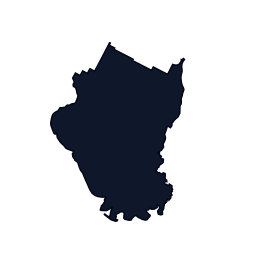 Kusilvak, Alaska, United States of America (orthographic projection), rotated 300°
{"feature_id": "52423323B57268278189593", "entity_name": "Kusilvak", "entity_type": "district", "adm_level": 2, "iso_a3": "USA", "parent_name": "United States of America", "parent_adm1": "Alaska", "projection": "orthographic", "projection_center": [-164.106, 62.097], "detail": "fine", "context": "isolated", "style": "filled", "palette": "ink", "viewbox_px": 256, "rotation_deg": 300, "n_neighbors": 0, "source": "geoboundaries", "source_scale": "gbopen_adm2", "svg_char_len": 4160}
<svg xmlns="http://www.w3.org/2000/svg" viewBox="0 0 256 256"><g transform="rotate(300 128 128)"><path d="M143.5,55.1L141.6,57.8L140.9,58.3L139.9,58.7L139.3,58.8L139.0,58.6L138.7,58.6L137.2,59.4L136.9,59.8L136.7,60.1L136.7,60.5L136.9,61.9L136.8,62.2L136.6,62.6L135.1,64.4L134.6,64.7L132.4,66.7L131.2,68.4L130.9,68.6L128.7,69.2L123.5,70.0L122.1,68.9L120.6,67.1L120.2,66.8L119.0,66.2L118.1,65.3L117.7,64.7L117.5,64.0L115.8,63.3L115.0,63.6L114.1,62.6L112.6,60.8L112.0,59.6L111.9,59.4L111.8,59.2L111.1,58.9L110.2,59.0L107.5,58.7L106.8,58.0L105.1,57.1L103.3,56.3L102.4,56.2L100.4,56.4L98.4,56.9L94.1,58.4L92.5,59.3L90.5,61.4L86.5,66.3L86.3,66.7L86.2,67.5L86.3,67.9L87.1,67.6L88.0,68.1L87.9,68.8L85.0,71.0L84.1,72.0L82.7,74.9L82.2,75.7L81.4,78.3L80.7,81.5L80.3,82.3L79.5,84.3L79.5,84.9L79.5,85.7L80.5,91.8L79.6,93.0L77.7,92.8L75.8,94.5L75.5,94.6L74.3,97.2L73.6,98.1L73.0,101.8L70.0,105.1L68.0,107.6L67.2,109.1L66.7,110.6L65.9,111.8L64.9,113.1L61.1,118.2L57.5,123.2L56.0,125.2L54.9,127.1L53.7,129.3L53.3,131.4L53.2,133.7L53.6,136.1L54.7,139.0L55.3,140.4L56.8,142.5L56.5,143.4L54.8,143.3L53.8,143.6L53.6,143.8L53.6,144.2L53.3,144.5L53.0,144.6L49.7,144.5L47.2,144.0L43.4,144.9L43.1,145.1L43.1,145.6L43.2,145.9L45.5,150.4L45.9,150.8L47.6,151.9L49.9,152.9L51.2,153.0L51.2,154.0L50.9,154.2L48.4,154.5L46.5,155.1L45.1,155.5L44.6,155.8L44.0,156.0L41.7,156.3L41.5,155.8L41.5,154.1L41.8,151.5L41.8,150.7L41.5,150.6L41.2,151.1L41.0,152.0L40.1,159.0L40.1,159.4L40.2,159.8L40.5,161.3L40.7,161.9L40.9,163.6L41.4,164.2L42.1,165.0L43.1,165.0L43.1,164.4L42.7,163.1L43.2,162.5L44.4,162.4L45.4,162.1L45.8,161.7L46.0,161.4L46.5,161.2L48.0,161.2L49.4,162.5L51.1,162.9L52.6,164.9L52.8,165.5L52.7,166.3L52.1,167.5L51.4,167.9L51.1,167.9L49.8,168.4L47.6,169.7L47.5,170.3L47.5,170.7L47.6,171.6L48.6,174.9L49.2,175.9L50.0,176.7L50.4,176.9L50.6,176.7L51.3,176.5L55.0,177.6L55.8,178.2L56.1,178.6L56.2,179.2L56.0,179.9L55.8,181.1L55.8,182.2L56.1,184.0L55.9,185.5L56.9,189.0L57.9,190.2L60.8,190.8L62.0,191.1L63.0,191.1L63.5,190.8L63.7,189.2L64.9,185.6L65.4,184.8L66.0,184.8L67.3,186.7L68.5,186.8L69.4,187.0L69.5,187.2L69.6,187.7L69.6,187.9L69.3,188.4L69.3,188.6L69.5,189.1L70.9,191.3L72.8,192.5L74.2,193.0L74.7,191.7L76.0,191.9L76.0,193.3L76.0,194.3L75.6,194.7L74.5,195.4L73.9,195.5L72.0,195.4L71.6,195.2L71.0,195.2L70.5,195.5L68.7,197.2L68.6,197.4L68.6,197.7L69.2,199.8L70.4,201.0L70.6,201.0L74.4,198.5L74.7,199.4L76.3,199.1L77.9,198.3L78.9,198.1L80.5,197.4L81.4,197.9L81.8,197.6L82.6,198.1L82.7,197.3L83.4,197.4L84.2,198.2L84.2,197.8L86.0,197.6L86.0,199.3L86.4,199.8L87.2,199.7L88.6,200.0L91.0,199.0L91.9,199.6L92.8,198.1L94.3,197.7L95.4,198.0L95.9,197.3L97.3,197.2L97.9,196.0L99.9,195.0L100.1,191.8L98.8,192.0L98.2,191.3L98.5,189.6L97.7,188.9L98.5,187.0L99.8,186.9L100.6,187.7L100.9,188.5L102.2,187.5L102.1,186.5L104.0,184.4L104.5,184.5L106.9,183.3L107.1,182.6L106.8,181.0L106.0,180.6L105.0,181.3L105.1,180.2L104.8,178.8L105.2,177.6L104.2,176.4L104.7,174.7L104.7,173.4L106.4,173.8L108.2,173.5L109.8,174.3L110.9,173.6L113.2,174.7L113.7,174.7L114.7,175.5L116.2,175.5L118.6,174.3L118.7,173.7L118.1,172.7L118.4,171.4L120.2,171.0L120.3,170.1L119.7,169.5L120.8,168.6L121.4,167.6L121.3,166.3L122.0,166.3L122.3,167.6L123.4,166.9L125.3,168.0L129.0,168.4L130.0,167.8L131.1,166.8L132.2,166.4L135.2,166.2L136.6,166.0L138.1,165.4L138.6,165.1L141.3,162.4L142.3,162.7L148.6,161.3L149.7,162.1L149.5,164.6L151.8,164.8L152.7,164.5L153.9,163.6L155.7,164.0L157.0,164.0L159.9,164.7L162.0,165.6L163.2,165.8L164.8,165.5L166.6,165.5L171.3,163.0L172.5,162.2L173.5,162.0L175.4,161.9L177.2,161.2L179.7,159.5L183.3,158.7L184.8,158.1L189.1,157.2L190.3,156.2L191.9,153.7L193.9,151.7L196.3,149.8L199.0,148.1L201.7,147.2L204.2,146.5L208.0,143.8L209.6,143.0L211.2,142.5L213.7,142.4L215.5,142.7L215.9,141.6L215.9,141.2L214.1,140.9L213.9,139.9L212.9,140.5L211.9,140.7L209.7,140.5L208.5,140.2L207.5,139.5L206.5,138.2L205.6,136.1L205.4,134.9L194.3,135.5L193.9,128.7L193.5,119.4L189.7,119.6L188.8,100.9L188.6,98.1L190.1,98.1L189.1,76.6L190.6,76.5L190.3,70.3L192.7,70.2L192.6,69.4L175.9,70.2L160.5,70.7L160.3,65.4L155.0,65.5L154.8,60.2L149.5,60.3L149.3,55.0L143.5,55.1Z" fill="#0f172a" stroke="#020617" stroke-width="1.5"/></g></svg>